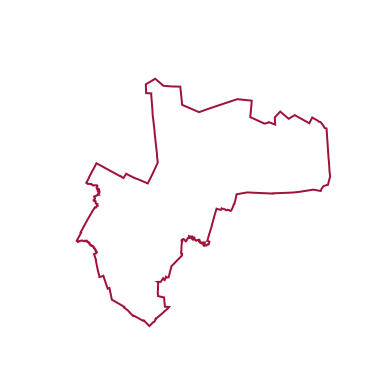 the district of Gataia, Timis, Romania, rotated 218°
{"feature_id": "2599482B24141184898976", "entity_name": "Gataia", "entity_type": "district", "adm_level": 2, "iso_a3": "ROU", "parent_name": "Romania", "parent_adm1": "Timis", "projection": "robinson", "projection_center": [21.418, 45.392], "detail": "fine", "context": "isolated", "style": "outline", "palette": "rose", "viewbox_px": 384, "rotation_deg": 218, "n_neighbors": 0, "source": "geoboundaries", "source_scale": "gbopen_adm2", "svg_char_len": 5893}
<svg xmlns="http://www.w3.org/2000/svg" viewBox="0 0 384 384"><g transform="rotate(218 192 192)"><path d="M125.1,324.9L126.6,324.2L127.1,324.2L128.1,324.7L129.0,325.0L133.3,326.2L133.7,326.2L135.9,325.4L136.5,325.7L142.2,324.8L143.1,324.7L141.9,318.4L158.4,315.8L160.9,309.2L172.0,309.7L172.7,301.8L171.4,300.3L168.0,296.3L174.6,294.3L174.6,293.6L177.0,290.5L192.2,286.9L197.5,295.2L201.1,300.7L202.1,300.2L213.5,293.0L227.9,271.3L232.9,263.6L235.3,259.7L235.8,259.2L253.4,254.6L266.1,267.8L272.7,262.9L279.8,258.1L290.7,258.6L294.7,248.4L289.6,242.5L289.0,241.7L284.8,244.6L284.6,244.2L274.1,232.7L273.7,232.3L270.7,228.8L262.0,220.0L258.1,216.0L257.3,215.0L243.9,201.3L242.3,199.5L242.0,199.1L237.4,194.4L237.1,194.1L234.1,181.4L232.1,171.5L241.7,169.0L244.5,168.1L246.7,167.5L251.9,166.4L255.1,165.9L254.6,160.8L257.0,160.5L258.0,160.6L258.1,160.3L260.3,159.9L285.0,155.8L283.7,149.0L283.8,148.7L282.2,140.3L282.0,140.1L280.9,134.1L280.0,134.1L279.7,134.4L279.3,134.2L279.0,134.3L278.7,134.5L278.3,134.8L277.8,135.3L276.6,135.8L276.4,136.2L276.2,136.4L275.4,136.2L274.9,136.4L274.4,136.1L273.9,136.2L273.7,136.6L273.0,137.0L272.8,137.4L271.9,138.1L271.2,138.7L270.5,138.8L270.4,138.6L270.3,138.0L269.9,137.6L270.0,136.9L269.9,136.6L269.0,136.5L268.7,135.9L268.4,135.8L268.1,136.1L268.0,136.7L267.9,136.9L267.4,137.0L266.9,136.9L266.5,136.1L266.6,135.8L267.2,135.4L267.0,134.8L266.5,134.7L266.1,134.9L265.9,135.3L265.9,135.6L265.8,135.8L265.3,135.6L264.8,134.7L264.5,134.4L264.7,134.1L265.0,133.6L265.1,133.4L264.9,133.0L263.6,132.6L264.0,132.2L264.3,132.1L264.5,131.6L264.8,131.3L264.9,130.8L264.9,130.3L265.5,129.7L265.7,128.9L266.3,128.5L266.4,128.3L266.4,128.1L265.7,127.8L264.6,127.4L264.3,126.5L264.5,126.2L264.4,126.0L263.8,125.6L263.8,125.4L264.0,125.3L264.0,125.1L264.4,124.9L264.3,124.7L263.7,124.7L262.4,125.4L262.2,125.2L262.2,124.9L262.1,124.7L261.7,124.7L261.1,124.0L260.3,123.9L259.6,124.1L259.7,123.6L259.3,123.5L258.9,123.7L258.8,123.2L258.7,123.0L258.5,122.9L258.0,122.9L258.4,122.3L258.4,121.8L258.1,121.2L258.1,120.6L258.4,120.3L258.6,120.2L258.8,120.4L259.1,120.2L258.9,118.0L258.6,115.3L257.4,106.6L254.9,91.5L254.3,91.6L252.8,82.5L252.0,82.6L251.5,82.4L251.1,82.4L251.1,82.6L251.2,83.1L250.8,83.5L250.8,83.8L250.4,83.8L250.0,84.1L249.9,84.7L249.0,86.0L248.6,86.2L247.5,86.4L246.7,86.8L246.7,87.3L246.2,87.4L246.3,87.7L245.6,88.2L245.0,88.9L244.6,88.8L244.4,88.3L244.1,88.2L244.0,88.3L243.7,88.6L243.3,88.3L243.2,88.4L243.0,88.7L242.4,88.9L242.1,88.7L241.6,88.8L241.5,88.7L241.8,88.5L241.8,88.3L241.2,88.1L240.5,88.2L240.4,88.1L240.3,87.7L239.9,87.8L239.5,87.6L239.2,87.5L239.0,87.4L238.7,87.5L238.9,87.8L238.7,88.1L238.2,88.0L238.0,87.7L237.9,87.7L237.5,87.9L237.5,88.2L237.4,88.3L237.2,88.3L237.0,88.0L236.8,87.9L236.5,88.1L236.7,88.3L236.4,88.4L236.2,88.3L236.1,88.0L235.5,88.1L234.9,87.7L234.8,87.4L234.5,87.2L234.3,87.3L233.9,87.6L233.6,87.3L233.1,87.4L232.7,87.3L232.7,87.2L233.0,87.0L232.7,86.7L232.0,86.7L231.6,86.3L231.4,86.6L231.1,86.6L230.8,86.2L230.4,86.0L230.3,85.7L229.8,85.8L229.9,84.5L230.1,84.2L230.3,83.6L230.5,83.4L230.7,83.0L230.9,82.7L226.0,79.5L226.1,79.3L220.6,74.5L215.2,70.1L213.9,69.3L212.7,68.0L212.2,68.7L211.3,69.5L210.3,71.4L201.6,65.6L198.9,63.9L198.0,65.6L188.9,57.8L174.6,59.8L174.5,59.1L169.7,59.2L162.0,58.0L161.9,58.7L151.2,60.4L151.0,61.2L143.1,60.1L142.6,63.1L142.7,63.7L142.4,65.5L142.3,65.8L141.8,66.5L142.0,67.8L142.7,69.8L142.7,70.1L142.2,70.1L142.2,70.9L140.6,78.4L140.3,80.9L139.6,83.9L139.3,85.3L139.3,87.3L142.7,84.9L149.1,91.7L154.6,89.1L157.3,91.9L159.0,94.5L162.7,99.5L163.1,100.1L163.8,100.0L163.5,100.3L163.0,100.5L161.3,102.0L161.4,103.0L161.6,106.2L159.7,105.7L159.7,106.1L159.4,106.1L160.4,109.2L158.9,109.2L157.9,110.4L162.5,120.9L160.8,135.7L161.2,136.4L161.8,136.5L161.8,137.0L161.9,137.3L162.8,137.1L163.1,137.2L163.4,137.7L163.7,138.1L164.0,138.9L166.9,142.7L169.1,146.4L169.5,146.6L169.7,146.8L169.4,147.4L169.5,147.5L170.5,147.7L170.5,148.0L170.2,148.4L170.4,148.6L170.4,148.8L169.9,149.2L169.8,149.6L169.2,149.8L167.4,149.7L167.1,149.3L166.9,149.2L166.7,149.2L166.4,149.4L166.6,151.8L167.0,153.0L166.6,153.3L166.6,153.6L165.5,154.3L165.4,154.6L165.6,154.8L166.7,154.9L167.0,155.3L166.8,155.3L166.2,155.7L165.6,155.7L165.4,155.7L165.3,156.0L165.4,156.3L165.3,156.5L164.8,156.6L164.8,156.1L164.6,155.5L164.3,155.3L164.1,155.3L163.8,155.4L163.7,155.7L164.0,157.0L163.4,156.9L163.3,156.2L163.6,155.9L163.6,155.7L162.7,155.6L162.6,155.4L162.7,155.0L162.2,154.9L161.8,155.1L161.5,155.7L161.6,156.0L161.7,156.3L162.3,156.9L162.4,157.4L162.3,157.6L162.1,157.6L161.5,157.2L161.3,156.4L161.1,156.3L160.0,156.1L159.2,156.3L158.9,156.1L158.7,156.1L158.5,156.3L158.6,156.9L158.5,157.2L158.0,157.7L157.4,158.0L157.3,158.6L157.0,158.9L156.8,158.9L156.1,158.2L155.8,158.2L156.1,157.7L156.1,157.4L155.9,157.3L155.0,157.1L154.6,157.7L154.3,157.4L154.0,157.2L153.4,157.6L152.8,157.4L152.5,157.5L152.2,157.8L152.2,158.7L152.3,159.0L151.7,159.4L150.9,160.1L150.9,159.8L150.8,159.5L150.3,159.2L150.1,158.6L150.7,158.0L150.7,157.5L150.5,157.3L150.1,157.2L149.5,156.9L149.4,156.9L149.0,157.2L148.9,157.4L149.0,157.8L148.6,158.1L148.5,158.4L148.1,158.5L147.7,158.7L147.6,159.3L147.6,160.0L147.4,160.7L146.6,160.9L146.6,161.0L147.7,163.6L149.9,163.0L152.9,170.5L155.2,176.6L155.7,177.8L155.8,177.8L159.6,186.9L162.4,194.0L161.0,194.4L160.1,194.9L159.3,195.1L159.0,195.4L158.3,195.7L158.1,195.9L158.5,197.2L158.3,197.2L157.2,197.9L156.4,198.3L154.7,198.6L153.8,198.6L153.4,199.0L153.0,199.9L152.9,200.0L151.4,200.6L150.2,200.6L149.9,200.9L149.7,201.6L149.8,202.0L150.2,204.1L151.3,207.7L151.5,208.1L151.2,208.5L151.4,209.0L152.9,212.5L155.5,217.6L148.3,225.6L127.2,240.6L127.4,240.8L112.5,253.4L107.9,257.8L97.7,268.7L91.2,272.0L91.7,273.7L91.9,274.6L92.0,277.1L92.0,277.6L90.4,280.0L89.3,281.3L92.7,289.2L93.6,290.3L93.8,290.4L96.4,293.0L103.2,300.7L105.2,302.7L125.1,324.9Z" fill="none" stroke="#9f1239" stroke-width="2"/></g></svg>